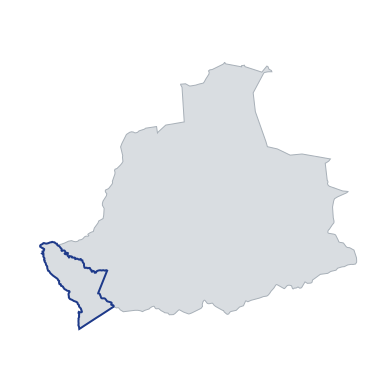 Pando highlighted on a map of Bolivia, rotated 264°
{"feature_id": "BOL-1938", "entity_name": "Pando", "entity_type": "Department", "adm_level": 1, "iso_a3": "BOL", "parent_name": "Bolivia", "parent_adm1": "", "projection": "robinson", "projection_center": [-66.899, -11.088], "detail": "fine", "context": "in_parent", "style": "outline", "palette": "blue", "viewbox_px": 384, "rotation_deg": 264, "n_neighbors": 0, "source": "natural_earth", "source_scale": "10m", "svg_char_len": 7886}
<svg xmlns="http://www.w3.org/2000/svg" viewBox="0 0 384 384"><g transform="rotate(264 192 192)"><path d="M69.7,223.6L69.1,218.2L68.3,216.8L67.0,215.9L66.6,214.8L67.0,213.7L69.5,211.4L70.8,211.0L71.2,209.9L75.7,203.5L77.1,202.1L78.7,201.2L79.4,200.5L79.1,198.1L79.2,196.5L79.7,195.5L82.8,193.6L83.1,193.2L83.0,192.6L81.6,191.4L78.9,190.4L77.1,190.5L75.3,188.8L71.7,179.0L71.1,176.7L71.1,175.8L73.5,171.0L76.2,167.1L75.9,166.2L72.9,162.4L72.0,160.6L72.3,156.6L74.0,155.5L74.9,151.9L75.6,151.4L77.2,148.9L79.5,146.7L79.6,144.1L80.3,143.3L82.2,142.5L82.4,141.8L82.0,140.0L81.0,138.1L80.2,137.2L79.2,132.6L78.2,130.3L79.3,128.2L80.0,125.8L80.3,123.1L80.1,111.2L82.4,108.2L83.6,107.6L84.7,106.6L84.6,104.7L86.2,102.2L67.5,65.5L74.8,65.6L82.7,66.9L84.1,67.7L84.4,68.9L85.3,69.5L87.4,69.2L93.9,66.0L94.8,65.0L97.1,61.5L98.9,59.6L100.6,58.9L103.8,58.6L104.9,59.2L106.2,59.1L107.3,57.1L109.1,54.9L112.5,52.1L114.3,51.4L115.4,50.4L117.3,50.3L118.9,49.3L126.9,42.3L130.1,40.5L133.8,39.8L136.6,38.8L143.7,37.8L148.2,37.4L149.7,38.4L151.3,38.1L152.7,36.5L153.9,36.0L154.7,36.1L155.9,37.9L156.5,39.9L156.1,41.4L156.2,43.5L156.7,46.4L156.4,48.9L153.8,53.5L153.6,54.9L153.8,56.8L154.5,59.8L156.0,64.1L156.2,67.2L155.2,69.2L154.7,71.0L154.8,72.5L155.1,73.5L155.8,74.1L156.1,75.3L156.2,77.0L157.0,78.7L158.6,80.4L159.2,82.0L158.9,83.5L159.0,84.4L159.5,84.8L160.5,84.0L161.0,84.2L162.1,86.3L162.8,88.4L163.0,89.7L166.4,91.1L170.9,95.2L173.0,96.3L174.9,100.8L178.3,101.8L184.9,102.9L188.1,101.5L190.1,101.7L192.3,102.6L197.2,106.5L199.2,107.1L200.7,106.1L202.0,105.8L203.0,106.2L204.1,109.4L207.8,113.0L209.3,114.0L210.9,113.9L217.9,117.2L219.7,117.5L221.5,117.2L222.7,117.8L223.2,119.8L226.3,123.7L227.8,125.2L229.5,126.5L234.0,126.5L235.3,126.9L244.3,125.7L247.7,127.4L256.1,132.8L257.9,136.3L258.2,138.2L257.7,140.1L257.0,140.9L256.7,142.2L257.0,144.0L258.3,145.7L259.5,151.3L260.3,152.5L260.8,163.6L254.3,163.8L255.4,164.9L261.3,172.9L262.5,191.6L296.4,193.0L297.3,193.0L299.8,191.9L300.4,192.0L300.3,196.9L297.7,200.6L297.6,201.8L297.9,206.8L298.7,210.9L299.1,214.5L300.1,215.6L303.0,217.6L307.4,221.1L309.2,221.6L310.7,221.1L311.6,222.5L311.7,224.9L315.6,235.6L316.3,237.0L317.4,237.8L317.2,238.3L316.2,238.5L315.8,239.3L311.3,254.4L312.4,254.4L312.6,257.4L311.3,257.7L310.9,258.3L303.9,274.0L309.4,279.6L308.8,280.6L306.1,281.4L304.5,283.7L303.2,284.0L303.6,280.1L303.3,276.7L302.8,275.8L284.2,263.2L265.3,263.4L234.3,270.8L229.2,271.7L225.9,281.4L218.4,293.5L218.3,305.4L210.4,333.1L208.5,331.3L207.1,328.7L206.7,327.5L189.4,327.7L188.6,328.2L187.4,328.2L186.5,327.7L185.6,327.7L184.4,328.2L183.3,329.3L177.3,341.9L176.4,346.4L176.0,347.2L175.0,345.6L172.0,336.4L170.4,333.0L168.4,332.0L162.4,330.2L151.6,329.8L148.2,330.2L146.5,329.9L144.6,328.0L140.6,324.7L139.8,323.6L138.2,322.9L137.3,322.9L136.7,323.5L135.2,328.8L134.3,330.3L128.7,332.4L127.2,332.7L126.4,333.9L126.0,335.7L125.4,337.3L121.5,339.6L120.6,340.7L120.1,343.0L117.3,347.0L109.4,348.7L106.8,348.6L105.0,348.4L103.3,347.1L103.1,344.9L103.4,342.5L103.2,339.3L101.8,335.5L101.9,334.2L101.7,332.4L101.0,328.9L99.2,327.1L98.5,321.7L96.9,318.5L96.7,311.0L91.8,302.6L89.8,302.0L89.3,301.5L89.0,300.3L89.1,297.2L90.8,295.0L85.4,291.0L85.1,290.0L85.1,289.1L86.5,287.5L85.6,285.5L85.7,283.6L85.1,282.9L85.1,282.3L85.7,281.8L88.3,281.2L89.1,279.3L89.2,277.8L88.8,276.7L86.3,274.0L86.3,273.5L91.1,266.7L91.0,266.1L90.5,265.4L87.9,263.4L85.0,260.2L83.0,258.6L81.5,257.0L80.7,255.6L80.5,252.0L79.5,248.2L78.1,239.4L77.0,236.1L78.1,234.3L78.0,233.9L73.5,231.3L72.6,227.2L69.7,223.6Z" fill="#d9dde1" stroke="#a8b0b8" stroke-width="1"/><path d="M153.7,35.3L154.3,35.3L154.7,35.5L155.2,36.0L155.5,36.8L155.9,37.9L156.1,38.2L156.4,38.4L156.6,38.8L156.7,39.1L156.6,39.7L156.2,40.6L156.0,41.2L155.9,42.1L156.0,43.1L156.2,44.0L156.6,45.2L156.7,45.7L156.7,46.8L156.8,47.0L157.0,47.5L157.0,47.8L156.9,48.0L156.6,48.6L156.4,49.8L156.1,50.3L155.3,50.8L155.0,51.2L154.8,51.8L154.7,52.2L153.6,52.4L153.3,52.5L153.0,52.8L152.6,53.2L152.3,53.8L152.1,54.2L152.0,54.4L150.2,55.4L149.8,55.8L149.3,56.2L148.9,56.4L148.4,56.4L148.0,56.2L147.5,56.1L147.1,56.3L147.0,56.6L147.1,57.1L147.2,57.6L147.3,58.2L147.2,58.7L147.0,59.1L146.5,59.5L145.6,59.9L145.1,60.0L144.8,59.9L144.7,59.7L144.5,59.3L144.2,59.0L144.0,58.9L143.7,59.1L143.4,59.5L143.3,60.0L143.5,60.2L143.9,60.3L144.2,60.6L144.4,61.0L144.5,61.5L144.3,62.1L143.5,62.1L142.6,61.8L141.8,61.6L141.4,61.8L140.5,62.6L139.8,62.8L139.8,63.0L140.0,63.1L140.3,63.2L140.8,63.0L141.0,63.1L141.1,63.5L141.0,64.0L140.7,64.5L140.5,65.5L140.2,65.9L139.9,66.1L139.5,65.9L139.4,66.2L139.1,66.9L139.1,67.7L139.0,68.5L138.5,69.0L138.2,69.0L137.8,68.8L137.5,68.9L137.5,69.5L137.7,70.3L137.7,70.8L137.5,71.2L136.8,72.2L136.6,72.6L136.5,73.2L136.6,73.5L136.9,73.7L137.0,74.0L136.8,74.5L135.6,74.8L135.6,75.3L135.5,75.8L134.8,75.9L133.4,76.1L132.3,76.9L131.7,77.1L130.3,76.9L128.4,77.1L127.9,77.3L127.7,77.7L127.7,78.3L127.7,78.9L127.7,79.4L127.2,80.0L127.1,80.5L127.2,81.6L127.2,82.2L126.9,82.6L126.5,82.8L125.8,82.8L125.5,82.9L125.2,83.2L124.9,83.6L124.7,83.9L124.3,83.9L123.9,83.8L123.5,83.9L123.2,84.1L123.2,84.5L123.4,84.9L123.7,85.2L123.8,85.5L123.6,86.0L123.3,86.3L123.0,86.6L122.6,86.7L122.2,86.7L121.9,86.8L121.8,87.2L121.9,87.8L122.0,88.2L122.2,88.3L122.3,88.2L122.5,88.1L122.9,88.6L123.4,89.5L123.7,90.7L123.8,91.9L123.7,92.9L123.4,93.9L123.4,94.5L123.5,95.1L123.5,95.6L123.3,96.2L123.1,96.7L122.9,97.2L123.0,97.6L123.1,98.0L123.2,98.4L123.1,98.9L122.7,99.4L101.4,88.2L101.0,88.1L100.8,88.8L100.5,89.3L100.2,89.6L99.7,89.8L99.1,89.9L98.7,89.9L98.2,90.2L96.6,90.5L96.0,90.8L95.6,91.5L95.5,93.2L95.3,94.0L94.8,94.6L92.3,96.1L91.9,96.8L90.9,99.5L90.5,100.2L90.3,100.4L89.8,100.5L89.5,100.3L89.2,100.1L88.8,99.9L88.3,100.0L88.1,100.3L87.7,101.6L87.3,102.0L87.2,102.1L86.3,102.1L86.1,102.0L85.6,101.0L83.4,96.7L81.2,92.4L79.0,88.1L76.9,83.8L74.7,79.5L72.5,75.2L70.3,70.9L68.1,66.7L68.0,66.4L67.9,66.2L67.8,65.9L67.7,65.8L67.6,65.6L69.1,65.6L69.9,65.5L71.3,65.1L72.0,65.2L72.7,65.4L73.5,65.5L74.6,65.5L76.3,65.7L77.0,65.9L77.8,65.8L78.1,65.9L79.6,66.7L79.9,66.7L80.0,66.7L80.5,66.6L81.5,66.9L82.0,67.0L82.5,66.9L83.1,66.6L83.6,66.5L84.3,66.7L84.6,66.9L84.3,67.4L84.0,68.0L83.9,68.6L84.0,69.6L84.1,69.8L84.6,70.0L87.6,69.3L88.2,69.0L89.2,68.1L90.1,67.7L90.5,67.7L90.8,67.7L91.2,67.7L91.5,67.6L92.1,67.0L92.5,66.7L93.5,66.6L93.9,66.5L94.3,66.1L94.7,65.7L95.0,65.2L95.3,64.6L95.9,63.2L96.2,62.8L97.3,61.4L98.1,59.8L98.4,59.4L98.8,59.1L99.5,58.7L99.8,58.6L100.2,58.5L100.8,58.6L103.3,58.5L103.6,58.6L103.9,58.7L104.3,58.9L105.1,59.6L105.5,59.8L106.2,59.6L106.5,58.9L106.7,58.1L107.0,57.4L107.2,57.1L107.8,56.5L108.1,56.2L108.5,55.4L108.7,55.1L109.1,54.8L109.5,54.7L110.2,54.2L111.1,53.9L111.5,53.6L111.8,53.2L112.1,52.8L112.2,52.5L112.2,52.3L112.3,52.1L112.5,51.9L113.6,51.9L113.9,51.8L114.1,51.7L114.3,51.3L114.2,50.8L114.2,50.6L114.5,50.5L115.0,50.4L115.8,50.3L116.2,50.4L117.0,50.6L117.4,50.6L117.6,50.5L117.8,50.2L117.9,49.9L118.1,49.7L118.3,49.7L118.7,49.6L118.9,49.6L119.9,49.0L123.3,45.1L126.0,42.7L126.4,42.5L128.1,41.7L128.3,41.6L128.4,41.4L128.5,41.1L128.6,40.9L128.7,40.7L128.9,40.6L131.4,40.1L132.7,40.2L133.1,40.2L133.5,40.0L134.3,39.5L134.7,39.3L136.7,39.0L137.1,38.8L137.8,38.3L138.1,38.2L139.3,38.0L139.5,38.3L139.7,38.2L139.9,37.9L140.0,37.8L140.3,37.8L140.7,37.9L141.2,38.3L141.5,38.3L141.9,38.2L142.8,37.6L143.2,37.5L143.6,37.4L143.9,37.5L144.7,37.7L145.0,37.7L145.6,37.2L145.6,37.3L145.7,37.5L145.8,37.7L145.9,37.8L146.1,37.8L146.2,37.6L146.2,37.3L146.2,37.1L146.4,36.7L146.5,36.6L146.6,36.9L146.7,37.1L146.7,37.3L146.8,37.4L147.0,37.5L147.8,37.1L148.2,37.1L148.1,37.6L148.0,37.9L148.1,38.0L148.3,38.0L148.5,38.0L148.7,37.9L148.8,37.9L148.9,38.0L149.1,38.2L149.2,38.3L149.8,38.8L150.1,38.9L150.5,39.0L150.8,39.0L150.9,38.9L151.0,38.6L151.1,38.3L151.1,38.2L151.5,38.1L151.8,37.7L152.0,37.4L152.1,37.2L152.2,36.8L152.3,36.6L153.3,35.7L153.5,35.3L153.7,35.3Z" fill="none" stroke="#1e3a8a" stroke-width="2"/></g></svg>